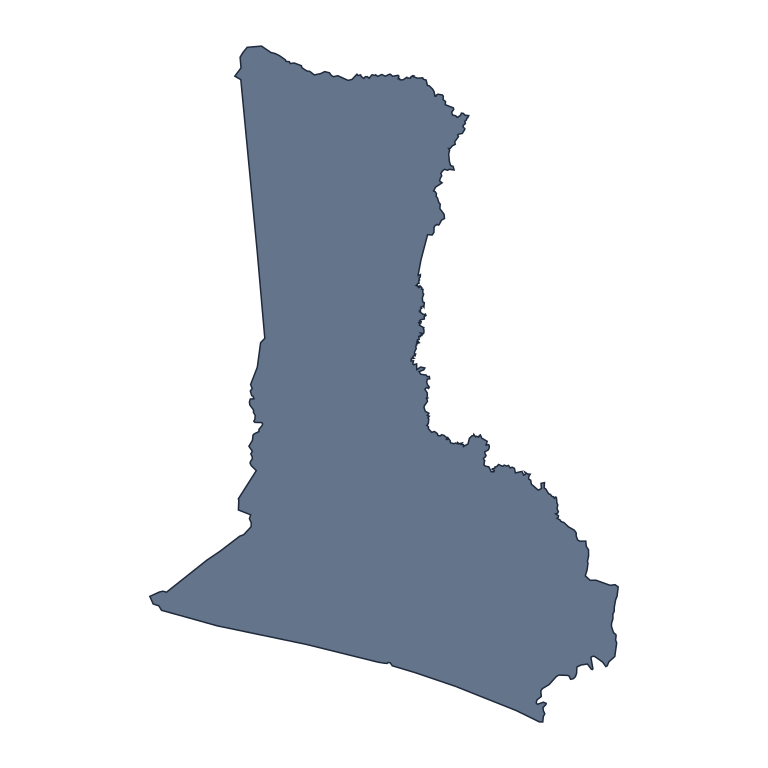 Ellembelle, Western, Ghana (orthographic projection)
{"feature_id": "2480657B39512912083476", "entity_name": "Ellembelle", "entity_type": "district", "adm_level": 2, "iso_a3": "GHA", "parent_name": "Ghana", "parent_adm1": "Western", "projection": "orthographic", "projection_center": [-2.331, 5.15], "detail": "fine", "context": "isolated", "style": "filled", "palette": "slate", "viewbox_px": 768, "rotation_deg": 0, "n_neighbors": 0, "source": "geoboundaries", "source_scale": "gbopen_adm2", "svg_char_len": 6056}
<svg xmlns="http://www.w3.org/2000/svg" viewBox="0 0 768 768"><path d="M240.8,79.6L257.2,251.5L264.8,338.3L260.6,342.7L257.3,367.2L250.6,384.5L252.2,388.5L250.3,391.0L251.7,395.6L253.0,396.2L253.9,398.8L250.3,399.0L249.4,402.0L249.8,404.9L253.6,410.2L253.4,412.3L255.2,415.5L254.8,419.5L253.8,421.3L254.9,422.4L261.9,422.6L262.6,423.9L262.2,425.4L258.9,429.5L258.9,431.6L254.3,433.8L253.0,435.1L252.4,440.4L248.9,446.2L252.3,451.3L250.8,453.9L252.2,456.8L252.3,458.9L250.4,461.6L250.1,463.3L251.4,465.8L256.3,470.6L238.3,498.9L238.8,499.8L238.4,510.0L250.7,514.8L249.4,518.7L251.2,522.7L251.1,526.7L243.7,534.7L239.7,536.2L219.8,551.4L206.9,560.1L166.5,592.2L162.9,591.2L159.4,592.0L149.8,596.4L153.2,604.0L158.8,605.8L161.5,610.3L217.4,625.9L305.8,644.3L378.1,662.2L385.0,663.3L387.2,663.4L387.9,662.5L390.2,662.8L392.3,665.8L415.0,672.6L455.3,686.3L516.3,710.6L539.3,721.9L542.8,721.9L543.3,716.6L544.8,713.7L543.4,710.8L543.0,707.5L545.9,704.6L546.2,703.4L543.4,702.2L537.4,704.3L536.2,702.8L536.9,700.0L541.3,696.5L540.8,690.9L542.4,688.6L549.2,684.5L556.3,676.6L558.7,675.1L567.5,675.4L569.0,676.0L570.6,679.3L573.3,678.7L575.4,676.7L576.6,673.4L576.9,667.0L581.0,665.0L587.4,664.0L591.3,669.2L592.5,669.5L592.9,668.6L590.9,657.4L591.7,656.7L593.5,656.2L595.0,656.7L602.6,662.1L605.9,666.6L607.2,665.8L608.9,661.8L614.8,656.5L616.7,642.9L615.6,640.0L616.1,635.9L615.9,634.6L613.5,632.6L611.5,626.6L611.5,623.6L612.9,618.9L612.9,614.0L614.2,611.4L614.3,607.2L615.6,599.9L617.1,596.1L618.2,586.9L615.1,584.7L610.1,585.3L595.9,580.2L590.1,580.3L585.3,575.8L587.1,569.9L588.0,563.2L587.4,561.6L588.6,556.0L588.5,549.7L586.3,546.5L585.8,541.1L580.0,541.2L577.7,540.0L576.2,536.0L576.2,532.9L574.2,530.1L568.4,526.8L563.9,522.5L561.0,521.5L560.0,519.9L557.0,518.3L558.3,517.2L558.5,515.7L555.6,513.9L557.7,513.1L558.4,511.6L557.0,508.9L557.8,504.8L556.9,503.0L556.5,498.0L555.8,497.0L554.3,498.3L553.6,496.7L552.1,496.6L550.4,494.4L548.6,493.7L545.7,488.9L544.2,488.0L544.5,482.6L541.0,483.4L541.4,488.6L538.2,490.1L531.4,484.2L530.7,480.2L528.7,479.1L528.7,476.7L530.2,474.2L527.6,474.0L524.9,472.1L525.7,473.9L523.7,475.2L522.0,471.4L515.4,472.9L514.4,468.3L512.1,467.2L510.2,467.9L508.5,465.4L506.5,466.1L504.2,465.1L502.7,466.3L498.5,464.5L496.7,466.6L494.9,467.0L494.7,468.3L492.3,468.8L492.2,469.5L494.3,470.5L493.9,471.7L491.3,471.8L488.8,466.8L485.5,466.2L483.9,464.7L484.7,460.5L483.6,459.5L483.7,458.1L485.5,456.8L486.1,455.3L485.1,454.2L484.8,451.9L488.3,449.9L489.2,447.9L489.2,445.3L488.3,444.6L486.1,445.1L487.2,441.3L481.7,438.1L480.4,434.9L479.3,435.5L478.8,437.1L476.6,436.3L475.7,436.9L473.8,434.4L473.6,435.6L472.0,435.8L469.4,438.3L468.0,443.9L463.5,446.5L463.5,444.6L461.1,444.4L462.1,443.0L459.1,443.7L457.7,442.6L457.7,443.8L455.8,443.0L454.0,443.7L450.5,442.8L450.2,440.8L448.9,439.0L445.8,439.7L448.1,438.0L447.7,437.4L446.4,437.5L444.0,435.4L441.5,434.7L440.3,435.9L437.7,435.4L437.4,433.6L434.5,431.5L431.7,432.3L428.5,428.8L428.4,426.6L426.7,425.5L428.3,423.6L428.8,419.0L427.9,417.9L429.3,416.2L427.3,415.5L428.9,413.3L425.3,411.3L424.0,407.5L424.3,405.9L427.5,401.3L426.8,398.9L427.6,398.2L426.5,398.1L427.3,396.5L427.3,393.0L424.9,389.2L426.8,387.4L428.5,388.5L429.3,387.1L427.5,384.7L426.7,382.1L427.3,379.2L429.7,378.8L429.3,376.5L427.3,376.6L426.1,375.0L420.8,374.3L419.0,371.7L423.7,369.9L424.9,368.0L420.7,367.0L416.8,369.6L416.6,363.9L413.6,364.7L412.8,363.8L413.5,360.8L411.1,361.0L411.3,358.8L413.9,358.3L412.5,357.2L413.9,355.7L415.2,355.8L415.6,354.0L414.5,354.1L414.5,352.0L416.3,348.5L415.8,347.4L416.2,345.1L416.9,344.8L416.6,343.6L419.3,342.7L418.3,341.6L417.5,343.0L416.8,342.9L417.4,339.9L419.2,339.4L418.7,336.5L421.2,336.7L420.1,336.5L420.2,335.3L421.9,335.4L422.2,334.5L420.8,333.1L423.4,333.7L423.8,333.0L424.0,330.0L423.3,328.8L423.9,327.8L419.4,325.2L419.9,324.3L418.7,322.6L419.4,322.2L419.4,322.9L420.8,323.1L421.2,321.6L419.7,320.7L420.6,319.8L424.3,319.0L424.2,316.6L426.0,315.5L425.5,314.3L424.6,315.6L424.5,314.4L423.4,314.4L419.4,311.6L419.4,311.0L420.5,311.0L420.4,309.3L421.7,308.1L420.8,307.2L423.3,306.1L423.9,307.1L424.3,302.6L422.8,302.0L422.3,298.0L423.7,294.1L422.7,292.7L423.0,289.4L421.7,289.2L421.9,288.0L420.6,286.3L419.4,287.3L419.4,286.3L418.5,287.1L416.6,285.7L417.7,285.7L416.9,284.6L418.1,283.3L419.0,283.3L418.8,280.5L419.6,280.0L419.0,278.3L420.3,276.9L420.4,274.6L418.2,275.6L418.2,274.8L421.0,259.8L427.6,234.7L432.2,235.0L433.9,232.4L434.1,227.2L435.1,225.6L437.2,224.4L438.2,225.1L439.1,224.7L441.6,220.1L444.5,218.5L444.1,214.3L439.9,208.7L440.2,204.1L438.8,202.4L437.5,198.0L436.2,196.5L436.4,193.5L435.0,191.5L433.6,191.0L435.6,187.1L442.1,182.8L439.6,181.0L440.3,178.2L441.7,175.9L440.9,173.4L442.5,171.0L444.5,169.3L447.6,170.3L449.3,169.3L454.1,170.0L453.1,166.4L450.6,165.5L449.4,161.5L448.7,154.0L449.6,150.1L448.5,148.5L450.2,148.4L452.4,145.8L455.3,144.3L454.7,141.9L458.5,136.5L457.7,135.1L458.3,134.3L462.3,133.4L464.6,129.7L464.9,128.9L463.0,126.7L463.2,125.5L465.4,123.5L464.7,121.5L466.5,119.9L466.7,118.3L467.8,117.7L468.7,115.6L465.1,115.2L463.3,113.4L461.4,113.1L460.5,115.4L457.2,117.4L455.7,115.8L452.4,114.9L451.7,112.1L453.7,109.6L453.4,107.9L445.3,104.7L445.5,101.5L443.1,99.6L443.3,96.2L442.4,95.0L438.0,94.2L436.4,95.0L436.0,96.2L434.9,96.2L434.1,91.7L432.6,89.1L429.2,85.8L427.4,85.4L426.1,80.0L423.4,79.3L422.7,77.8L417.7,78.2L413.2,76.6L413.9,75.9L413.0,75.6L410.9,76.8L410.5,78.2L407.1,77.9L406.8,77.3L403.1,79.8L400.6,79.9L399.6,79.5L399.6,78.6L398.2,78.7L398.9,76.2L398.0,75.3L392.6,76.3L390.5,74.3L389.2,74.3L385.5,76.2L381.7,74.5L377.7,76.4L375.7,74.8L375.1,75.4L372.0,74.8L369.1,78.2L367.4,76.7L365.4,76.7L363.7,78.4L361.3,76.5L360.6,74.9L357.9,75.5L356.9,74.2L352.1,79.4L348.1,80.4L337.8,75.7L333.5,76.7L331.3,75.4L329.5,72.8L324.7,71.6L320.4,73.7L314.3,74.9L309.8,71.4L307.0,71.0L304.1,69.2L301.9,67.6L301.4,65.7L294.2,63.0L290.2,63.5L289.3,61.7L285.9,61.3L285.4,59.8L279.2,55.5L275.1,53.5L270.9,52.5L261.5,46.1L247.2,47.3L243.0,52.4L240.1,57.2L241.0,67.9L234.8,76.2L240.8,79.6Z" fill="#64748b" stroke="#1e293b" stroke-width="1.5"/></svg>